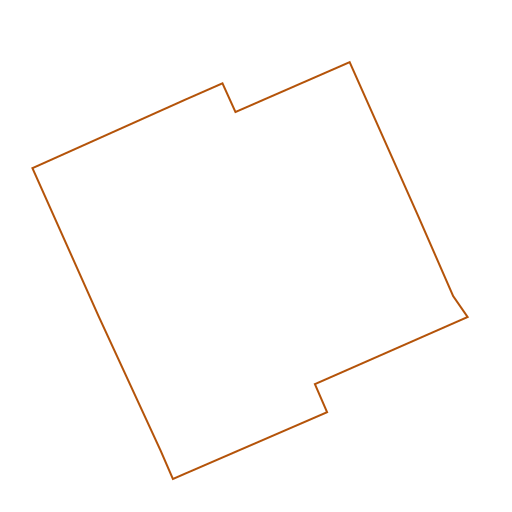 Yalobusha, Mississippi, United States of America, rotated 156°
{"feature_id": "52423323B72301028188801", "entity_name": "Yalobusha", "entity_type": "district", "adm_level": 2, "iso_a3": "USA", "parent_name": "United States of America", "parent_adm1": "Mississippi", "projection": "equal_earth", "projection_center": [-89.727, 34.03], "detail": "fine", "context": "isolated", "style": "outline", "palette": "amber", "viewbox_px": 512, "rotation_deg": 156, "n_neighbors": 0, "source": "geoboundaries", "source_scale": "gbopen_adm2", "svg_char_len": 338}
<svg xmlns="http://www.w3.org/2000/svg" viewBox="0 0 512 512"><g transform="rotate(156 256 256)"><path d="M87.5,114.2L92.2,139.2L91.6,226.6L91.6,395.0L216.2,395.9L216.4,427.4L257.5,427.6L424.5,427.2L424.3,265.7L422.3,116.5L422.6,86.1L408.7,86.0L254.6,84.4L254.3,115.0L87.5,114.2Z" fill="none" stroke="#b45309" stroke-width="2"/></g></svg>